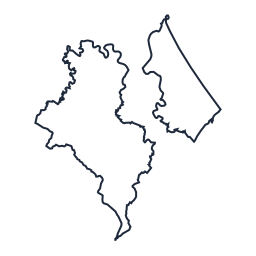 the district of Thach Ha, Ha Tinh, Vietnam
{"feature_id": "81297802B93916372624290", "entity_name": "Thach Ha", "entity_type": "district", "adm_level": 2, "iso_a3": "VNM", "parent_name": "Vietnam", "parent_adm1": "Ha Tinh", "projection": "natural_earth1", "projection_center": [105.851, 18.322], "detail": "fine", "context": "isolated", "style": "outline", "palette": "slate", "viewbox_px": 256, "rotation_deg": 0, "n_neighbors": 0, "source": "geoboundaries", "source_scale": "gbopen_adm2", "svg_char_len": 5742}
<svg xmlns="http://www.w3.org/2000/svg" viewBox="0 0 256 256"><path d="M144.2,137.5L143.8,137.2L144.7,134.2L144.5,133.4L145.0,132.6L145.0,131.3L144.6,129.6L144.0,129.7L143.5,128.0L143.0,127.7L143.6,126.8L141.4,126.4L140.5,126.8L140.0,126.5L140.1,125.6L133.3,123.0L132.0,122.0L130.4,123.4L129.9,122.6L125.4,122.8L124.7,123.2L123.3,123.0L120.7,120.8L121.2,119.7L120.0,119.3L117.9,117.3L118.3,116.4L119.1,115.9L117.7,115.4L116.5,115.6L116.3,114.3L115.9,114.2L116.2,112.8L115.7,112.5L116.2,110.1L116.8,110.2L116.7,111.4L117.3,111.4L118.2,110.2L118.3,108.4L120.2,108.0L120.1,106.6L120.7,105.3L122.4,105.1L122.9,104.7L121.9,103.0L123.1,102.0L122.1,101.1L120.4,97.2L120.5,96.3L121.3,94.9L120.1,93.6L119.6,92.4L121.2,89.8L123.4,88.9L125.4,86.9L124.8,84.8L123.4,84.6L122.8,83.5L122.5,82.3L122.7,79.5L123.8,77.3L125.0,76.4L125.6,74.8L128.5,70.1L126.9,67.0L125.0,64.9L122.9,63.9L119.4,63.0L117.8,61.7L117.8,60.1L120.3,56.9L120.7,55.7L120.9,54.6L120.5,52.9L119.0,51.7L117.1,51.4L115.4,51.7L113.8,51.0L113.0,49.1L113.2,45.6L112.4,44.6L110.9,44.3L107.6,44.7L105.6,45.5L104.1,47.6L104.4,48.6L107.3,50.8L108.1,52.9L108.2,54.9L107.7,56.4L106.6,57.5L105.5,57.6L104.9,57.0L103.6,53.6L99.7,51.5L99.4,50.8L100.0,47.4L99.5,46.6L98.8,46.1L97.5,46.0L95.1,47.4L93.6,47.3L92.9,46.0L93.0,42.7L92.6,41.7L89.1,40.7L87.1,40.5L83.9,41.3L81.9,41.0L81.3,41.3L80.6,43.8L81.2,46.3L79.6,48.4L82.5,49.1L83.2,50.8L82.3,52.1L80.0,52.7L80.4,55.3L79.9,56.0L79.1,55.9L76.5,54.1L72.5,50.5L70.1,50.5L69.6,49.0L69.8,46.9L68.2,46.0L67.5,46.4L67.1,49.2L68.0,51.3L67.7,52.7L67.0,53.4L65.2,53.4L64.8,53.9L64.9,54.5L66.4,55.1L66.5,56.5L66.0,57.0L64.2,57.1L62.8,59.9L63.0,60.5L64.2,61.1L65.0,63.2L65.7,63.0L66.6,61.1L67.3,60.7L67.8,61.0L67.6,63.0L69.8,63.1L68.8,65.4L69.0,68.2L69.5,69.0L71.4,70.3L72.8,68.7L74.1,68.2L74.3,68.7L74.0,70.3L75.5,70.9L75.5,71.7L74.7,73.4L72.0,73.8L70.7,72.9L70.0,73.8L70.4,75.3L72.4,76.2L73.2,77.6L73.3,79.3L75.0,80.3L74.2,82.9L72.3,83.8L70.5,82.1L69.6,82.4L69.1,84.2L69.2,85.5L69.8,86.6L69.2,87.3L69.6,88.2L66.8,87.5L65.7,88.1L65.4,88.9L66.6,90.3L66.1,92.5L64.6,92.9L64.3,92.3L63.7,92.1L63.6,92.7L63.1,91.9L62.1,94.1L62.8,94.4L62.5,94.9L62.8,95.8L62.1,96.8L62.3,97.8L63.4,98.1L63.8,98.8L63.3,99.0L63.2,99.6L61.5,100.0L61.5,99.3L60.4,98.3L60.0,99.2L60.4,99.6L59.8,100.2L59.6,101.2L60.2,101.9L58.8,102.6L58.3,103.9L57.8,104.2L53.9,101.4L52.8,101.0L52.4,101.7L48.8,101.4L47.9,101.5L47.8,102.2L47.6,101.8L47.1,102.1L46.5,103.2L46.9,103.5L47.0,104.2L46.6,105.5L46.9,106.0L45.5,107.9L45.6,109.2L44.2,110.1L41.1,110.2L40.3,113.2L39.0,114.7L37.7,115.0L37.0,115.9L35.4,123.0L37.6,124.0L43.1,127.6L47.5,128.9L50.1,131.4L52.3,132.2L52.7,133.4L51.7,135.7L51.3,138.0L49.5,139.5L48.9,140.8L48.8,142.2L47.0,144.1L46.3,146.0L49.9,148.6L52.1,148.4L52.5,147.1L53.3,146.3L54.6,146.0L56.0,144.7L59.1,146.3L62.2,145.8L64.2,146.4L65.5,145.7L66.3,144.4L71.4,146.1L72.6,149.9L74.1,150.2L75.0,153.1L74.2,154.6L75.7,156.9L76.5,157.4L77.4,159.2L79.3,159.9L79.8,161.3L82.1,162.5L83.5,164.9L85.6,166.0L87.3,168.7L89.5,169.2L91.3,170.2L91.4,171.6L92.8,172.0L94.6,173.5L95.8,175.1L96.2,176.6L98.0,176.5L98.7,176.0L100.1,175.8L102.0,177.7L102.7,179.2L102.7,180.4L101.0,183.5L100.1,188.5L98.3,190.9L97.9,192.1L98.5,193.0L102.1,194.9L102.7,195.6L102.4,200.0L102.7,202.0L103.7,203.3L107.5,204.5L115.5,211.5L117.2,214.9L118.3,216.3L121.5,223.1L121.4,225.5L117.8,233.5L116.7,237.2L115.4,238.8L115.1,240.6L116.1,238.8L117.6,237.9L118.8,236.4L120.6,235.8L122.7,233.6L129.0,230.0L129.6,229.3L129.8,228.0L130.5,226.9L128.4,223.1L128.8,220.5L127.7,219.6L126.3,217.2L125.8,215.1L126.4,213.6L126.1,211.6L126.6,209.7L126.9,205.2L128.4,205.1L128.7,204.0L129.7,203.1L130.0,202.3L131.3,203.1L131.6,202.3L134.0,200.1L135.7,197.6L136.1,196.5L136.1,192.1L134.6,188.6L132.6,186.8L132.6,185.9L134.7,184.0L139.0,182.4L137.7,179.8L138.2,179.2L138.9,175.4L139.3,174.6L139.8,174.6L141.7,172.5L142.8,173.0L143.3,172.5L143.8,172.7L145.0,171.5L147.1,172.9L151.1,167.9L149.3,165.8L149.3,165.1L148.7,164.6L149.6,164.1L149.3,162.6L150.0,162.0L151.3,159.0L150.7,157.8L150.1,157.5L150.0,156.4L150.8,156.4L152.1,155.0L152.2,154.2L152.9,154.8L153.4,154.5L153.4,151.1L151.9,149.3L151.9,147.3L153.0,145.2L154.7,143.8L154.9,142.7L151.0,142.3L149.1,140.0L148.1,139.5L146.5,140.3L145.3,142.2L144.7,142.3L143.6,140.7L144.2,137.5ZM220.6,109.5L203.5,86.1L190.8,67.4L178.8,48.0L170.1,31.5L166.2,23.1L165.8,20.3L166.5,19.2L168.3,18.7L168.7,17.4L168.0,15.5L167.1,15.4L165.8,16.7L166.1,19.2L164.1,19.3L162.9,21.3L162.4,22.9L161.0,23.6L161.7,25.0L161.5,26.4L159.7,30.5L158.6,31.5L156.6,30.8L153.1,32.0L150.9,33.9L149.8,35.8L148.4,40.1L149.1,44.7L151.5,54.4L151.3,56.5L150.2,59.3L142.7,68.1L144.2,72.0L146.1,73.9L148.2,73.8L150.3,72.0L153.7,71.9L158.3,75.4L159.9,75.9L160.7,77.1L160.8,79.9L159.5,86.4L159.6,87.5L160.7,90.5L162.8,92.6L163.2,93.4L161.9,97.6L160.5,99.4L160.9,99.9L162.4,99.9L163.2,100.3L165.0,102.6L165.5,104.4L164.2,105.7L161.4,106.0L160.2,105.4L158.2,103.3L157.3,103.1L156.7,103.5L156.2,105.1L156.2,106.8L157.4,109.0L157.3,109.7L153.7,111.0L153.0,112.3L153.3,113.7L155.0,116.9L155.7,117.7L156.8,118.0L157.3,117.7L158.2,116.2L159.0,116.0L162.1,117.6L162.6,118.0L162.6,118.8L162.1,119.7L160.6,120.8L160.8,121.4L163.4,122.5L163.8,123.3L166.1,123.8L166.2,124.4L166.8,124.2L167.2,125.2L168.2,124.2L167.9,126.1L168.4,126.9L167.6,127.3L167.1,128.9L167.5,131.5L168.5,130.8L171.1,132.2L173.7,132.1L174.7,131.5L174.4,129.8L177.2,129.1L176.4,130.3L180.3,131.9L182.2,132.1L182.6,131.7L183.0,132.3L183.6,131.5L184.1,132.0L184.9,131.1L185.2,132.8L188.0,136.8L189.9,137.0L194.0,141.7L195.1,140.3L197.1,136.3L200.5,131.2L205.5,124.6L207.3,124.0L208.6,123.1L209.2,121.0L211.6,119.1L211.4,121.7L212.0,122.3L212.8,120.5L212.8,118.4L213.5,116.5L214.8,114.8L219.1,111.5L219.1,111.1L220.6,109.5Z" fill="none" stroke="#1e293b" stroke-width="2"/></svg>